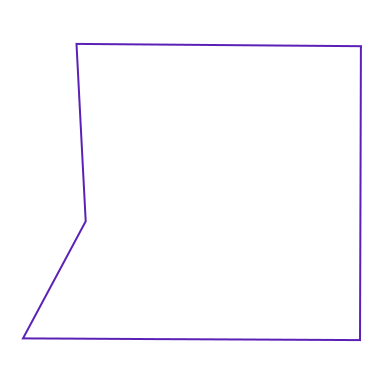 the district of Paso de los Indios, Chubut, Argentina
{"feature_id": "61730980B85851407891039", "entity_name": "Paso de los Indios", "entity_type": "district", "adm_level": 2, "iso_a3": "ARG", "parent_name": "Argentina", "parent_adm1": "Chubut", "projection": "albers", "projection_center": [-68.882, -44.01], "detail": "fine", "context": "isolated", "style": "outline", "palette": "violet", "viewbox_px": 384, "rotation_deg": 0, "n_neighbors": 0, "source": "geoboundaries", "source_scale": "gbopen_adm2", "svg_char_len": 274}
<svg xmlns="http://www.w3.org/2000/svg" viewBox="0 0 384 384"><path d="M23.0,338.4L68.4,338.6L154.3,339.1L179.3,339.2L263.3,339.6L360.0,340.1L360.5,189.1L360.9,49.0L361.0,46.2L76.5,43.9L81.6,142.7L85.7,221.3L23.0,338.4Z" fill="none" stroke="#5b21b6" stroke-width="2"/></svg>